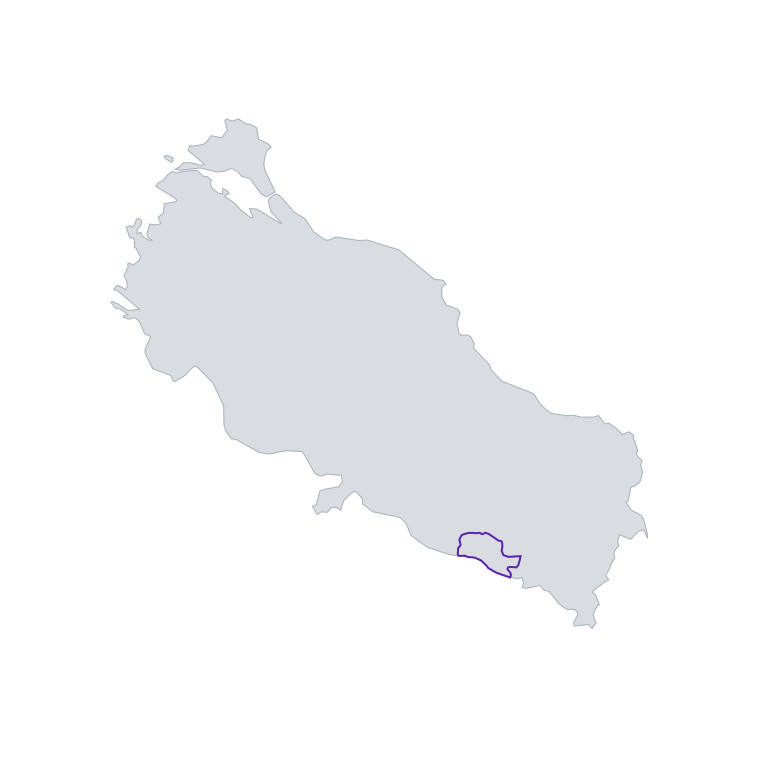 Mardin on a map of Turkey (orthographic projection), rotated 33°
{"feature_id": "TUR-3041", "entity_name": "Mardin", "entity_type": "Province", "adm_level": 1, "iso_a3": "TUR", "parent_name": "Turkey", "parent_adm1": "", "projection": "orthographic", "projection_center": [40.921, 37.344], "detail": "fine", "context": "in_parent", "style": "outline", "palette": "violet", "viewbox_px": 768, "rotation_deg": 33, "n_neighbors": 0, "source": "natural_earth", "source_scale": "10m", "svg_char_len": 4429}
<svg xmlns="http://www.w3.org/2000/svg" viewBox="0 0 768 768"><g transform="rotate(33 384 384)"><path d="M581.0,293.6L590.9,297.1L594.1,294.4L603.2,294.7L611.3,296.5L615.6,290.6L621.4,291.1L622.5,294.1L625.2,295.1L633.8,302.5L632.8,303.5L635.0,306.2L642.2,307.8L643.1,311.6L648.8,317.2L652.0,325.9L650.5,332.1L647.4,336.1L652.4,349.3L651.0,351.0L660.0,355.1L671.2,354.0L674.9,355.7L686.1,365.8L689.0,369.8L681.3,365.1L677.2,369.5L675.5,379.9L663.6,382.2L665.7,388.9L669.0,391.9L668.1,398.3L669.1,400.8L672.6,404.8L672.3,410.5L673.8,416.5L674.1,423.8L679.2,425.8L677.1,429.2L672.0,444.0L672.4,445.2L676.2,445.4L684.9,451.9L683.5,454.2L684.8,463.6L692.4,469.4L691.4,472.5L691.7,475.7L686.3,474.5L675.7,483.2L674.5,483.0L672.9,480.2L672.3,471.9L669.6,469.8L666.2,469.4L660.4,473.4L655.0,473.4L649.6,472.8L635.2,468.0L630.1,469.9L624.6,468.0L614.0,478.5L610.8,479.4L609.2,474.3L605.4,471.5L600.7,475.4L582.4,480.5L573.9,481.4L563.6,479.7L555.1,480.2L531.8,491.5L509.4,497.3L489.4,496.4L478.7,489.0L470.2,487.1L444.3,497.2L431.8,496.3L427.8,491.7L418.3,489.4L416.0,493.6L413.6,503.8L416.5,513.4L411.1,513.7L407.5,515.6L406.2,522.6L401.1,525.2L399.3,529.5L398.4,529.5L390.5,525.5L392.9,522.2L388.6,508.8L391.3,504.8L402.2,494.7L402.2,488.4L398.0,483.8L384.5,491.0L383.1,494.0L380.0,496.1L375.1,496.8L352.5,485.1L338.3,493.2L325.8,505.3L316.6,509.5L290.5,511.0L285.7,513.1L277.1,509.6L272.1,505.6L261.5,489.7L240.2,476.4L216.9,471.1L214.5,473.8L212.5,485.1L207.6,495.4L205.5,496.3L200.6,493.0L181.7,497.2L167.0,488.3L164.7,484.9L162.7,472.0L160.6,470.8L157.9,472.3L155.3,471.9L145.0,465.0L139.1,463.9L134.8,468.6L128.7,470.0L128.7,468.5L131.5,465.4L122.2,464.7L116.9,466.6L110.5,464.1L111.1,462.7L116.7,461.8L129.3,461.7L138.3,454.5L108.9,450.8L105.8,452.1L106.0,447.8L107.9,446.0L115.8,445.6L115.8,442.0L111.7,437.5L106.8,434.7L105.8,425.4L103.6,422.7L104.1,421.5L109.1,420.6L111.0,414.2L110.9,410.1L102.1,405.2L99.9,405.2L98.2,401.4L94.5,398.2L91.0,399.8L82.4,393.0L84.7,389.4L87.1,389.8L88.0,386.9L86.9,381.5L87.5,379.0L89.7,378.6L91.9,379.4L93.8,382.8L93.1,388.6L95.1,392.5L97.4,389.3L101.4,391.8L109.3,391.2L111.0,389.9L105.4,389.2L103.5,387.5L100.4,377.3L105.5,375.2L109.5,371.1L103.7,367.1L105.9,360.8L101.6,352.6L110.3,344.3L110.2,342.9L108.0,342.0L84.8,342.5L85.1,338.2L87.4,334.8L88.7,325.7L90.5,321.0L94.9,320.2L101.2,313.8L110.7,306.7L119.3,308.1L123.0,306.3L128.2,306.9L129.1,310.5L133.3,313.4L141.2,314.2L145.3,312.5L142.3,307.9L147.0,307.2L150.4,308.7L147.8,312.9L148.8,313.5L159.3,313.6L169.8,316.1L181.8,317.1L183.5,315.8L175.7,310.2L181.6,306.8L184.7,306.4L210.0,305.8L210.3,304.9L195.4,301.0L188.2,294.6L186.5,291.4L189.0,284.5L190.9,282.9L196.4,283.3L214.6,288.8L228.1,288.4L242.1,294.7L256.1,295.2L259.3,293.4L263.5,286.9L284.3,277.6L291.8,272.3L323.4,263.4L368.9,268.8L377.2,264.8L381.7,266.6L380.2,269.5L380.3,272.3L385.4,279.5L393.3,283.9L404.9,281.2L408.9,282.7L412.3,293.7L419.1,300.4L422.4,301.1L427.0,297.5L431.1,297.2L437.7,301.2L439.9,305.2L461.9,310.4L466.4,313.8L481.3,317.5L514.8,310.6L526.9,316.0L537.1,317.7L541.4,317.0L554.9,310.9L559.1,307.4L567.5,304.4L578.0,297.5L581.0,293.6ZM160.4,247.0L158.8,251.7L160.0,257.2L163.4,265.1L167.5,269.4L188.1,282.2L183.7,291.0L178.0,291.7L159.7,284.8L151.5,287.5L146.1,285.7L138.2,286.3L135.2,291.5L128.8,297.1L112.5,302.7L96.1,316.2L91.8,317.6L94.5,312.6L95.1,307.9L102.0,303.4L111.1,300.6L113.9,297.5L92.5,294.8L91.3,289.6L93.6,289.0L101.9,281.6L103.2,278.3L103.9,269.8L113.0,266.3L114.0,264.4L114.1,255.9L106.9,249.9L107.5,247.5L113.5,246.2L117.7,240.9L126.1,241.1L130.4,238.9L137.7,238.5L145.4,247.0L156.4,245.7L160.4,247.0ZM85.0,313.9L77.6,314.0L75.6,312.4L78.2,310.2L84.1,309.4L85.5,312.2L85.0,313.9Z" fill="#d9dde1" stroke="#a8b0b8" stroke-width="1"/><path d="M595.2,477.6L581.2,481.1L571.8,481.6L571.1,481.4L569.6,480.7L561.5,479.1L555.2,480.1L553.5,480.7L549.0,483.2L547.5,483.6L546.7,483.7L546.0,483.8L545.3,484.1L544.6,484.5L540.1,487.5L538.6,486.7L535.6,481.3L536.0,477.9L535.6,477.0L533.9,475.3L532.8,474.3L531.9,473.3L531.4,468.3L534.8,464.1L536.3,462.7L540.0,460.2L541.6,459.6L545.3,456.7L548.0,456.5L549.6,454.4L550.0,453.5L553.7,452.7L565.4,453.0L567.5,452.0L568.4,452.0L569.0,452.3L571.4,455.2L573.7,460.1L577.3,462.4L582.4,461.3L586.2,458.5L592.3,454.0L594.3,459.3L595.3,462.9L594.9,465.7L592.5,467.0L589.3,468.8L587.9,470.3L588.5,472.1L592.4,473.3L594.5,475.0L595.2,477.6L595.2,477.6Z" fill="none" stroke="#5b21b6" stroke-width="2"/></g></svg>